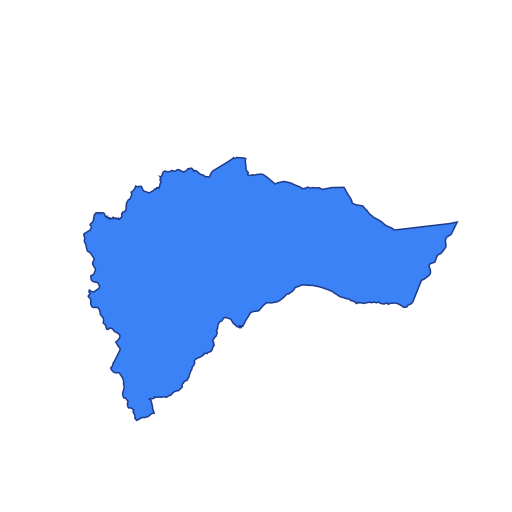 the district of Guano, Chimborazo, Ecuador, rotated 148°
{"feature_id": "8360857B97791335649951", "entity_name": "Guano", "entity_type": "district", "adm_level": 2, "iso_a3": "ECU", "parent_name": "Ecuador", "parent_adm1": "Chimborazo", "projection": "mercator", "projection_center": [-78.639, -1.54], "detail": "fine", "context": "isolated", "style": "filled", "palette": "blue", "viewbox_px": 512, "rotation_deg": 148, "n_neighbors": 0, "source": "geoboundaries", "source_scale": "gbopen_adm2", "svg_char_len": 6158}
<svg xmlns="http://www.w3.org/2000/svg" viewBox="0 0 512 512"><g transform="rotate(148 256 256)"><path d="M67.3,178.2L74.4,180.8L124.5,204.5L125.0,205.1L126.2,208.1L128.4,211.0L130.0,213.7L131.2,217.9L132.2,220.2L135.6,226.2L137.6,232.1L137.8,236.3L138.3,236.7L138.8,241.3L139.5,242.4L144.3,246.7L146.1,249.3L146.3,251.0L145.7,251.4L145.2,254.9L145.4,257.9L145.0,267.6L155.5,273.9L164.5,277.3L166.3,280.5L169.4,282.1L170.1,282.9L171.3,283.7L173.9,284.8L175.3,286.7L177.1,287.4L178.2,286.9L178.9,287.6L180.9,288.4L182.2,291.4L185.2,295.4L187.9,299.6L192.3,304.0L194.5,305.1L199.3,306.7L201.6,306.8L204.7,316.5L206.1,319.9L207.4,322.1L208.6,323.0L209.6,323.3L212.0,324.7L214.6,325.4L215.2,325.8L215.5,326.5L218.0,327.3L219.2,328.0L220.0,329.1L218.3,331.0L218.8,333.5L217.9,336.1L216.7,337.9L216.0,339.8L214.4,342.9L213.1,344.1L213.9,345.1L220.2,349.8L221.7,349.9L223.1,350.5L223.0,351.2L224.8,350.9L231.1,350.8L247.9,351.0L250.9,349.6L252.2,348.5L254.0,347.9L257.0,350.4L257.7,351.6L257.7,352.4L259.8,354.6L261.4,359.5L262.1,360.6L263.0,360.7L263.1,361.0L263.8,361.2L263.4,361.7L264.0,363.6L263.9,364.2L264.6,365.0L265.4,364.9L265.8,365.4L267.6,366.1L268.6,365.5L272.7,365.3L272.8,365.9L274.8,368.2L275.0,369.1L276.1,370.5L277.1,370.9L279.4,370.7L280.2,371.0L280.9,371.6L281.1,372.4L281.6,372.6L282.2,373.3L283.9,373.2L286.3,374.1L288.1,376.2L288.8,376.5L290.2,376.3L291.3,375.8L292.3,374.6L293.9,373.7L294.7,373.6L295.1,374.0L295.0,373.6L295.5,373.4L296.1,372.5L295.9,372.4L296.1,371.7L296.6,371.6L297.4,370.8L297.1,369.0L299.1,368.1L300.5,366.4L301.4,366.0L302.1,365.0L302.5,365.2L303.3,366.2L304.3,366.5L304.7,365.7L305.2,365.6L306.1,366.4L309.1,365.8L313.2,366.2L317.0,371.0L316.3,375.8L316.9,376.0L317.6,376.7L319.9,377.5L320.9,379.1L323.2,377.3L326.2,376.3L328.1,376.3L328.7,374.0L332.4,371.3L333.3,371.1L334.5,371.3L337.9,369.4L342.3,363.5L344.6,363.5L345.7,363.8L347.6,362.9L348.9,360.5L352.3,359.4L352.4,360.6L353.0,360.1L353.7,360.3L353.8,361.5L355.2,362.0L354.9,362.7L356.5,363.3L356.6,364.3L357.3,363.7L357.5,364.4L358.6,364.1L359.7,364.6L359.3,364.9L359.5,365.2L360.6,365.1L360.2,366.2L360.7,366.7L361.4,366.6L361.4,367.4L362.3,367.9L362.3,368.5L361.5,368.7L362.7,369.5L362.1,372.3L363.0,374.0L364.1,374.2L364.7,375.1L366.4,375.0L366.3,376.0L368.7,377.4L369.2,377.3L369.6,376.7L371.1,376.8L375.5,371.9L377.8,371.1L379.2,371.0L379.9,370.6L380.3,369.6L380.0,368.7L380.1,368.0L380.8,367.1L383.1,365.9L389.6,366.0L390.4,365.7L390.9,365.1L391.6,362.1L393.6,359.8L394.0,358.7L394.1,356.1L395.4,352.8L396.3,349.6L394.8,346.2L394.7,339.4L395.5,338.5L397.7,337.2L398.7,336.1L399.1,332.9L398.9,330.0L399.2,329.7L403.1,326.5L406.7,326.7L408.2,323.5L408.2,322.1L407.8,321.0L407.0,319.8L404.3,317.4L404.6,313.4L405.4,312.3L407.1,311.7L409.5,311.7L410.7,311.4L412.4,311.6L414.0,312.6L414.5,313.3L415.0,315.1L415.6,315.4L416.7,314.1L416.8,311.6L419.0,311.3L419.7,310.7L419.1,306.7L421.6,302.9L422.1,300.0L421.3,298.6L418.0,296.6L417.2,294.9L417.2,294.1L417.7,291.8L419.0,288.7L418.4,284.9L418.8,283.2L419.4,282.0L421.0,280.3L421.1,279.7L420.2,277.9L421.4,273.1L420.8,272.4L420.2,272.1L418.1,272.4L416.8,271.1L416.1,269.5L416.2,267.9L415.8,266.7L413.8,263.2L413.5,260.8L414.6,259.1L418.0,257.7L420.6,257.3L420.5,253.6L420.7,253.0L420.3,250.1L420.8,248.6L431.8,241.8L434.1,240.8L434.4,240.2L436.7,238.4L437.7,238.4L438.4,238.1L438.7,237.5L438.9,236.2L438.2,232.7L436.2,230.7L434.8,230.2L433.9,229.3L433.8,223.8L434.0,221.4L435.4,218.6L436.2,217.7L436.6,216.2L437.9,213.7L441.5,210.7L442.5,209.1L443.4,206.0L441.8,204.3L441.9,203.0L441.4,200.7L442.9,199.4L444.1,197.5L444.6,195.7L444.3,194.4L442.9,193.7L442.1,192.8L441.3,190.0L442.6,189.4L442.9,188.6L443.1,185.4L443.6,183.8L444.7,182.8L444.4,179.8L441.1,179.5L439.0,179.6L438.1,179.3L436.1,178.0L433.1,177.2L431.2,177.1L428.1,177.7L425.6,176.7L424.5,181.6L423.7,182.8L421.8,188.3L421.6,190.4L423.0,191.8L420.8,190.4L420.2,190.5L419.5,189.8L417.4,189.5L416.8,190.2L416.1,189.3L415.0,189.2L414.2,188.3L412.5,187.4L412.2,187.0L408.3,185.2L406.8,183.6L403.9,183.7L401.2,183.1L400.2,183.8L397.4,184.2L394.1,183.5L393.4,182.9L388.8,183.7L388.1,184.0L387.3,184.9L387.0,185.8L385.9,186.6L384.6,186.7L383.7,187.7L382.1,187.3L380.9,187.4L380.0,187.2L378.1,188.5L377.1,188.8L375.0,190.9L372.0,193.2L370.3,194.0L369.6,195.0L368.2,195.9L366.5,196.3L366.3,196.8L364.6,197.7L364.0,199.6L363.3,200.1L361.9,200.4L359.3,200.4L357.6,199.9L355.7,200.0L355.3,199.7L353.7,200.1L353.4,199.8L352.1,200.2L351.3,200.8L349.9,199.9L349.4,199.2L348.0,199.7L345.7,199.1L344.1,199.2L342.5,200.1L340.1,202.1L338.8,202.4L338.7,203.8L337.6,205.0L337.9,207.1L336.1,207.8L334.9,208.7L332.4,209.2L330.0,211.0L329.3,212.0L329.1,213.8L327.0,214.8L325.6,216.8L324.6,217.8L322.7,219.0L321.4,219.5L319.6,219.0L316.6,220.4L315.5,220.4L314.0,219.7L311.5,216.7L310.9,215.5L310.9,210.7L309.7,207.4L309.8,206.5L308.5,205.3L308.2,204.6L307.9,204.8L307.8,203.8L306.7,203.3L306.7,205.0L305.9,203.8L305.0,203.6L305.5,204.5L304.2,203.9L304.2,204.2L303.6,204.2L301.3,205.2L299.9,206.2L290.8,210.7L289.6,210.8L287.3,210.1L282.8,208.1L275.9,210.2L272.2,210.7L270.2,209.8L267.5,207.9L262.1,205.9L259.2,205.7L253.5,206.4L250.6,207.2L249.4,207.3L248.3,206.5L243.9,206.8L242.3,207.2L239.2,208.5L235.8,207.6L233.4,207.4L230.0,205.8L229.2,204.9L223.4,200.9L217.9,195.6L212.7,189.2L210.4,185.9L206.4,177.2L205.1,175.5L203.0,173.6L202.9,173.0L200.7,170.7L199.8,170.2L199.2,167.9L196.9,165.6L196.3,164.1L196.4,163.7L195.6,163.1L196.0,162.6L195.5,162.2L193.5,162.5L192.9,161.1L192.0,160.8L190.7,159.8L189.8,158.7L184.3,156.8L183.8,156.2L183.3,156.1L183.1,155.4L180.4,154.3L178.3,152.3L177.1,152.1L176.0,151.5L175.8,150.3L173.8,148.1L171.9,147.1L170.1,146.9L169.3,144.9L167.1,144.7L163.1,142.5L160.7,140.1L160.3,139.0L159.7,138.7L159.5,137.8L158.0,134.4L156.7,133.5L154.9,132.9L153.0,133.8L151.3,133.4L149.5,133.3L147.3,134.0L128.7,147.6L125.4,147.3L119.7,147.8L118.8,148.1L117.6,148.7L116.6,149.7L115.5,151.9L114.7,155.5L114.1,156.3L113.1,156.9L111.7,157.0L107.6,156.0L102.1,160.3L101.1,160.5L98.3,160.2L96.9,160.4L91.9,162.2L90.2,163.1L89.4,164.1L87.5,168.2L86.4,169.8L84.1,170.9L79.6,170.9L78.8,171.1L67.3,178.2Z" fill="#3b82f6" stroke="#1e3a8a" stroke-width="1.5"/></g></svg>